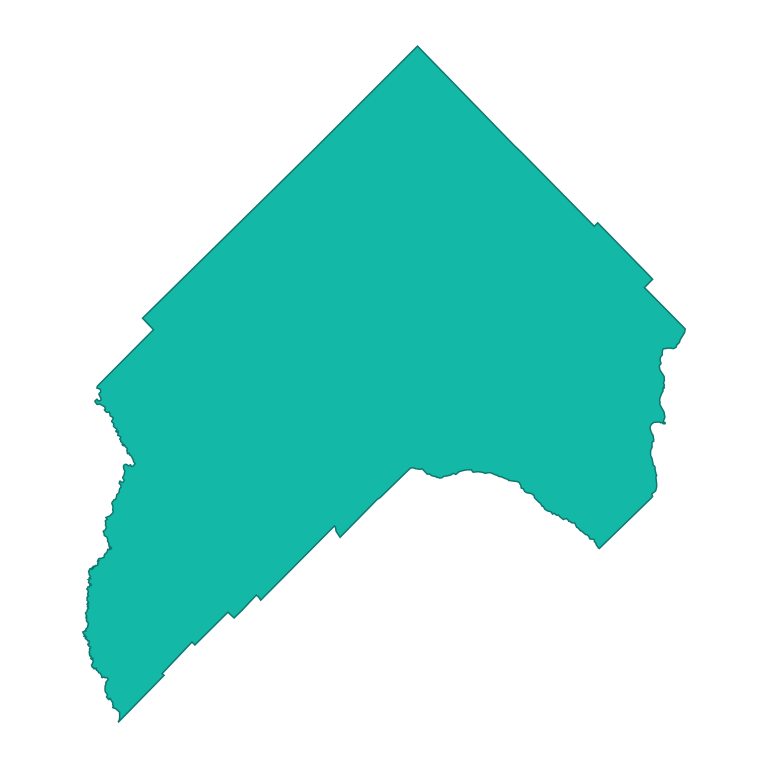 outline of Coronel Pringles, Buenos Aires, Argentina
{"feature_id": "61730980B35069548895139", "entity_name": "Coronel Pringles", "entity_type": "district", "adm_level": 2, "iso_a3": "ARG", "parent_name": "Argentina", "parent_adm1": "Buenos Aires", "projection": "albers", "projection_center": [-61.45, -38.169], "detail": "fine", "context": "isolated", "style": "filled", "palette": "teal", "viewbox_px": 768, "rotation_deg": 0, "n_neighbors": 0, "source": "geoboundaries", "source_scale": "gbopen_adm2", "svg_char_len": 5979}
<svg xmlns="http://www.w3.org/2000/svg" viewBox="0 0 768 768"><path d="M685.2,328.9L644.4,287.6L652.6,279.3L649.5,275.9L597.7,222.8L594.3,226.3L521.2,152.1L514.1,145.4L417.5,46.1L311.6,151.9L142.5,318.2L153.5,329.7L97.4,386.1L96.9,388.1L100.3,389.2L100.5,389.8L100.7,392.1L99.3,393.2L98.9,394.4L100.6,397.6L101.1,399.8L100.3,400.5L98.6,400.9L98.1,400.9L97.4,399.4L96.7,399.3L94.9,401.1L95.3,402.2L97.2,404.5L99.8,404.0L104.7,406.8L105.4,408.7L104.4,409.7L105.5,411.4L106.6,412.3L109.3,412.2L109.7,412.6L110.2,415.9L113.3,417.7L112.7,419.5L111.6,421.1L111.9,421.9L113.7,423.5L113.5,426.3L114.8,427.6L116.8,428.9L116.8,430.0L115.8,431.1L116.1,431.6L118.0,431.5L117.4,432.5L118.3,432.8L117.7,435.4L119.4,435.9L120.9,437.3L119.7,439.1L120.6,440.0L120.7,441.5L122.6,443.3L122.2,444.2L122.5,445.1L123.2,445.6L123.6,444.7L124.3,444.7L124.6,445.8L126.8,448.0L127.4,449.2L126.8,450.7L127.2,451.2L127.3,453.3L128.0,453.8L128.9,453.2L129.3,453.4L129.7,454.9L131.7,456.4L132.4,458.5L133.0,459.2L133.7,461.9L135.1,463.7L133.5,465.7L131.9,466.6L131.3,466.4L130.6,464.8L128.3,465.9L127.6,465.1L126.2,464.3L124.8,464.5L123.8,465.4L123.5,466.1L123.6,467.9L124.2,469.9L124.9,471.0L123.9,475.5L123.1,476.5L122.7,478.0L124.3,480.3L123.3,481.9L121.9,482.6L120.5,481.2L119.7,481.2L119.2,483.4L120.8,485.0L121.0,486.2L120.9,487.1L119.5,489.1L118.9,492.9L116.7,494.7L116.5,496.9L115.6,499.4L114.1,499.7L111.9,502.7L111.9,503.7L113.1,506.6L112.7,510.1L113.2,511.6L112.9,512.8L109.7,516.0L105.9,517.5L107.2,519.4L105.4,520.7L105.4,521.8L105.7,522.5L105.5,525.3L106.4,527.4L105.3,529.9L103.4,531.1L103.3,531.7L104.0,532.9L104.3,535.6L106.5,536.7L107.1,537.6L107.7,539.8L107.6,541.3L108.3,542.1L108.9,544.1L108.9,545.8L111.3,547.6L111.5,548.9L110.9,549.0L110.2,547.7L109.5,547.5L109.7,548.7L109.3,549.6L107.8,549.3L106.8,552.5L104.7,554.3L104.1,555.9L104.1,557.3L101.0,558.4L99.3,558.4L98.5,559.1L98.0,560.1L98.6,560.4L97.9,560.7L97.5,561.4L98.4,562.4L97.7,563.4L97.8,564.2L97.5,564.9L98.3,565.4L97.4,565.2L95.6,566.0L95.2,565.6L94.1,567.2L93.9,566.4L93.2,566.3L92.6,567.4L92.7,568.2L92.0,568.1L92.3,569.2L91.8,569.3L91.5,568.3L89.7,569.0L89.3,570.7L88.6,571.1L88.7,572.1L89.1,572.6L89.2,574.7L90.5,576.6L89.7,577.5L90.3,578.3L89.3,578.0L89.4,578.9L88.2,579.6L88.9,580.0L89.1,580.8L88.5,582.3L90.0,584.5L90.8,583.9L91.0,584.1L90.7,584.6L91.2,585.4L89.7,585.5L89.2,587.0L88.0,586.9L87.6,588.1L87.0,588.7L86.9,589.3L87.9,590.1L88.3,591.6L88.0,592.5L88.3,593.0L87.7,593.7L87.9,595.0L88.6,595.9L87.8,596.3L87.4,597.4L86.9,597.8L87.2,598.8L87.0,600.3L88.2,601.7L88.6,603.2L87.7,603.0L87.1,604.3L87.9,605.0L87.5,606.2L88.3,606.0L87.9,607.5L88.6,608.1L87.4,609.2L87.1,611.2L85.5,613.1L86.3,615.1L86.3,615.8L86.7,616.1L86.3,616.5L86.0,617.6L86.5,617.5L86.6,618.0L86.5,621.1L88.3,622.9L88.1,623.6L88.3,624.6L87.7,625.7L87.8,626.7L87.4,627.6L85.8,629.2L85.8,631.1L84.5,630.9L83.8,631.7L82.8,632.0L83.6,634.0L84.7,634.5L84.0,636.3L85.9,636.4L86.4,637.0L85.3,637.6L85.3,638.6L87.4,639.7L87.4,640.6L88.0,641.0L88.5,640.7L89.3,641.2L89.0,643.6L88.2,643.5L87.8,644.7L88.7,645.3L88.9,646.1L90.7,647.1L90.4,648.1L89.6,648.4L89.5,648.8L89.7,649.7L89.2,652.7L89.8,653.5L89.4,654.3L90.0,656.0L90.8,656.1L91.1,657.3L90.8,658.6L91.6,659.2L92.3,658.1L93.0,658.4L93.0,658.8L92.4,659.4L93.3,661.2L92.0,664.5L91.5,665.0L91.6,665.6L92.5,667.5L93.7,667.7L93.9,668.7L94.7,668.8L96.0,668.2L96.5,668.5L96.2,669.3L96.6,670.3L98.0,671.2L98.7,672.7L100.2,673.2L101.6,675.6L101.7,677.4L102.2,677.6L104.0,677.0L105.1,677.8L106.6,677.5L108.1,678.6L108.0,679.6L105.7,682.6L106.0,684.3L105.2,685.6L105.0,689.1L105.3,691.8L107.0,693.9L107.4,695.4L106.5,696.9L107.1,697.7L108.7,699.6L109.1,699.5L110.1,698.4L112.9,703.0L112.8,704.8L113.3,705.9L112.7,707.6L115.8,708.7L119.6,712.2L119.6,718.0L119.3,719.8L118.4,721.6L118.6,721.9L164.1,675.3L162.1,673.6L192.0,642.0L194.9,645.0L227.9,612.2L234.1,618.0L241.8,610.5L256.3,595.1L258.5,596.9L260.7,600.2L334.4,526.0L335.5,527.3L336.1,531.3L340.1,537.3L377.0,499.6L380.2,497.5L410.4,468.1L412.8,467.7L415.3,468.6L419.9,469.3L422.3,468.9L427.2,474.1L430.0,474.1L431.1,475.4L433.1,476.1L436.0,476.6L436.6,477.4L438.1,477.4L439.7,478.1L442.0,477.7L444.1,476.1L447.0,476.0L451.0,474.9L452.7,473.6L453.6,473.5L455.9,474.4L459.1,471.7L462.0,470.8L466.1,469.9L471.3,469.8L473.1,472.2L477.9,471.7L482.0,472.2L485.3,473.3L488.8,472.6L490.9,472.8L495.1,474.7L497.5,475.4L498.9,476.5L501.1,476.7L505.5,478.7L507.7,479.2L508.6,480.4L517.4,481.6L519.3,482.6L521.0,485.9L521.1,487.7L521.4,488.2L523.1,488.5L524.6,491.3L526.4,492.6L531.8,493.7L534.1,495.7L534.5,497.8L539.1,502.4L540.3,503.1L542.2,506.3L543.3,506.3L544.8,509.2L547.5,510.9L550.8,511.7L552.6,514.1L554.1,513.2L556.3,515.1L558.6,515.1L559.9,516.8L563.3,519.5L566.4,518.5L568.1,520.0L568.8,521.2L570.2,521.6L571.5,522.7L574.4,523.0L575.0,523.4L576.6,527.2L578.4,528.2L580.4,530.7L581.5,531.0L585.7,534.6L587.2,534.8L588.7,536.2L589.9,539.0L594.0,539.3L594.5,540.3L594.3,541.4L595.6,542.9L596.5,545.2L597.8,546.7L598.3,547.8L599.3,548.5L651.1,498.2L652.6,496.4L651.9,494.4L652.1,493.6L655.2,491.3L655.8,490.4L656.7,486.8L656.6,483.3L655.9,477.3L656.7,475.3L656.2,474.5L655.1,469.9L655.0,467.2L654.6,466.2L653.0,464.9L653.1,463.9L651.9,458.1L650.8,456.1L650.6,454.9L650.6,450.6L652.1,447.2L651.9,442.9L652.7,441.5L653.6,441.4L653.7,439.3L652.8,434.7L652.2,434.3L650.8,431.0L650.1,428.2L650.1,426.9L651.3,424.3L654.0,422.3L659.1,422.0L660.5,422.7L662.2,422.6L663.1,423.7L664.9,423.8L665.2,423.2L665.0,422.5L663.6,422.0L663.3,421.3L664.9,417.2L664.0,412.0L659.8,404.4L660.1,402.7L659.6,400.4L659.8,399.9L659.7,398.6L661.5,393.9L663.0,391.1L663.0,388.2L663.9,388.3L664.3,387.8L663.8,386.2L664.3,385.8L664.3,385.1L663.5,382.8L664.4,380.5L664.1,376.4L660.0,370.1L659.5,367.8L659.3,365.4L660.9,363.9L661.0,363.1L660.2,360.8L660.1,358.5L660.9,356.5L662.4,354.8L662.2,353.0L662.6,350.0L663.4,348.8L669.3,348.0L673.6,348.6L676.1,347.2L677.0,344.5L678.4,343.6L679.6,342.0L680.0,340.0L684.6,332.5L685.2,328.9Z" fill="#14b8a6" stroke="#0f766e" stroke-width="1.5"/></svg>